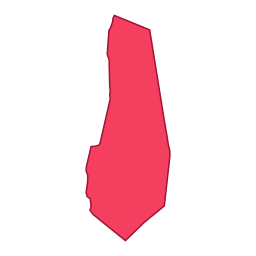 the district of Espírito Santo, Rio Grande do Norte, Brazil
{"feature_id": "56859067B91572122675295", "entity_name": "Espírito Santo", "entity_type": "district", "adm_level": 2, "iso_a3": "BRA", "parent_name": "Brazil", "parent_adm1": "Rio Grande do Norte", "projection": "albers", "projection_center": [-35.319, -6.298], "detail": "fine", "context": "isolated", "style": "filled", "palette": "rose", "viewbox_px": 256, "rotation_deg": 0, "n_neighbors": 0, "source": "geoboundaries", "source_scale": "gbopen_adm2", "svg_char_len": 548}
<svg xmlns="http://www.w3.org/2000/svg" viewBox="0 0 256 256"><path d="M149.7,29.9L114.3,15.4L113.0,18.3L112.7,21.5L110.6,27.7L108.9,30.5L108.7,34.1L107.2,54.2L109.1,59.7L109.7,86.3L110.2,90.5L109.7,95.0L110.2,98.8L100.3,142.2L99.1,145.1L95.4,146.2L91.1,146.5L86.3,167.2L86.1,170.8L87.7,175.0L87.7,181.0L86.8,187.8L86.1,192.6L87.1,196.5L90.2,198.8L91.1,206.4L90.0,210.2L93.1,214.5L125.4,240.6L144.1,222.5L164.3,205.9L169.9,156.2L169.8,151.2L168.2,144.0L166.9,135.4L164.7,122.9L149.7,29.9Z" fill="#f43f5e" stroke="#9f1239" stroke-width="1.5"/></svg>